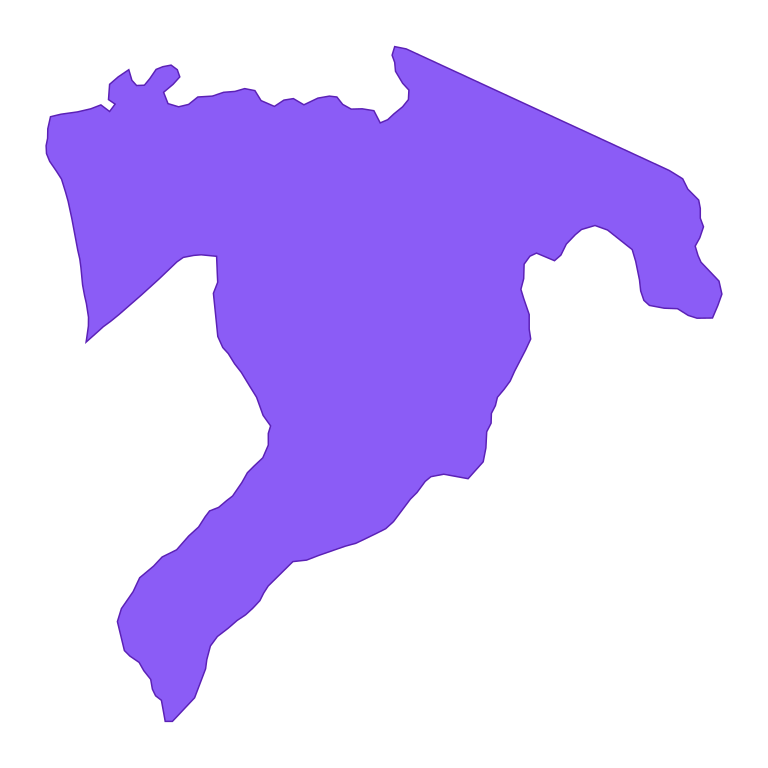 Governador Luiz Rocha, Maranhão, Brazil (orthographic projection)
{"feature_id": "56859067B14597495707649", "entity_name": "Governador Luiz Rocha", "entity_type": "district", "adm_level": 2, "iso_a3": "BRA", "parent_name": "Brazil", "parent_adm1": "Maranhão", "projection": "orthographic", "projection_center": [-44.107, -5.572], "detail": "fine", "context": "isolated", "style": "filled", "palette": "violet", "viewbox_px": 768, "rotation_deg": 0, "n_neighbors": 0, "source": "geoboundaries", "source_scale": "gbopen_adm2", "svg_char_len": 2594}
<svg xmlns="http://www.w3.org/2000/svg" viewBox="0 0 768 768"><path d="M682.7,178.8L669.3,170.5L406.2,48.9L394.7,46.6L392.1,55.2L394.7,62.4L395.5,71.3L402.6,83.2L408.9,90.1L408.4,99.6L402.6,106.8L393.9,113.9L387.7,119.7L380.2,122.9L373.9,110.7L362.2,108.8L351.2,109.1L342.7,104.4L336.9,97.0L329.4,96.1L317.9,98.1L303.9,104.8L293.4,98.6L283.9,100.1L274.4,106.4L261.1,100.6L254.9,90.6L244.7,88.6L235.0,91.4L223.6,92.3L212.3,96.1L197.8,97.0L188.6,104.4L178.6,106.8L168.0,103.6L163.6,92.3L173.1,84.3L179.8,76.9L177.3,69.7L171.1,65.1L162.8,66.7L156.1,69.4L149.9,78.5L144.4,85.2L136.6,85.5L131.9,80.3L128.8,69.7L118.3,76.8L109.6,84.3L108.5,99.6L115.1,104.1L109.6,111.5L100.9,104.9L90.8,108.8L77.5,111.9L61.0,114.2L50.5,116.7L47.8,128.8L47.6,138.3L46.1,145.7L46.5,153.6L49.7,161.4L56.3,171.0L61.5,179.1L65.6,192.3L68.1,201.2L71.9,218.9L77.8,250.4L79.8,259.1L80.9,267.4L82.6,285.0L84.6,295.8L86.4,303.6L88.5,317.2L88.4,326.0L87.3,333.9L86.1,342.1L96.8,332.6L103.3,326.7L110.8,321.2L118.9,314.6L141.6,294.8L159.0,279.0L176.9,261.9L183.3,257.4L193.8,255.4L201.2,254.8L216.6,256.3L217.3,273.7L217.7,282.3L213.4,293.3L215.7,315.7L217.8,336.5L222.8,347.6L228.3,353.6L234.6,363.8L241.3,372.4L249.9,386.5L256.6,397.3L263.1,415.4L270.6,425.9L268.3,433.4L268.3,445.1L262.8,457.8L254.1,466.0L247.4,472.7L241.9,482.5L232.6,496.0L226.4,500.8L218.6,507.4L209.6,510.9L205.2,516.7L198.6,527.0L188.7,536.0L176.6,549.8L162.1,557.0L153.6,566.1L139.7,577.7L133.1,591.7L121.4,608.6L117.4,621.6L124.4,650.6L129.9,656.1L139.1,662.4L143.8,670.7L150.7,679.4L152.4,689.2L155.6,695.8L161.4,700.3L163.4,711.3L165.2,721.4L172.4,721.4L185.2,707.8L194.6,697.8L205.6,668.8L206.8,659.6L210.4,646.0L217.4,636.5L228.2,628.2L237.2,620.4L245.6,614.8L252.9,608.1L259.9,600.6L263.6,593.2L268.2,586.0L292.9,561.6L306.6,560.1L318.8,555.4L344.9,546.3L356.1,543.2L376.4,533.4L385.7,528.7L393.5,521.6L410.4,499.1L417.0,492.5L425.2,481.4L430.9,476.7L443.7,474.2L468.1,478.7L483.2,461.8L485.9,448.0L486.7,431.8L491.1,423.2L491.4,413.4L495.4,405.6L497.4,397.3L504.1,389.3L510.2,381.0L514.6,371.2L525.6,350.0L530.7,339.0L529.2,329.2L529.2,314.5L523.7,298.5L520.9,289.3L523.7,278.7L524.1,264.2L529.9,256.2L536.5,253.1L554.5,260.7L560.9,255.1L566.3,244.1L575.3,234.7L581.5,229.5L595.0,225.5L607.5,230.0L632.2,249.6L635.7,261.4L639.5,280.0L640.7,291.0L643.9,300.4L649.4,305.4L664.2,308.2L677.5,308.7L688.2,315.4L697.0,318.2L712.5,318.0L717.8,305.6L721.9,294.1L719.0,281.1L701.0,262.2L698.0,255.5L695.2,246.1L699.8,237.8L703.5,226.8L700.3,218.2L700.3,208.4L698.7,200.1L687.8,189.1L682.7,178.8Z" fill="#8b5cf6" stroke="#5b21b6" stroke-width="1.5"/></svg>